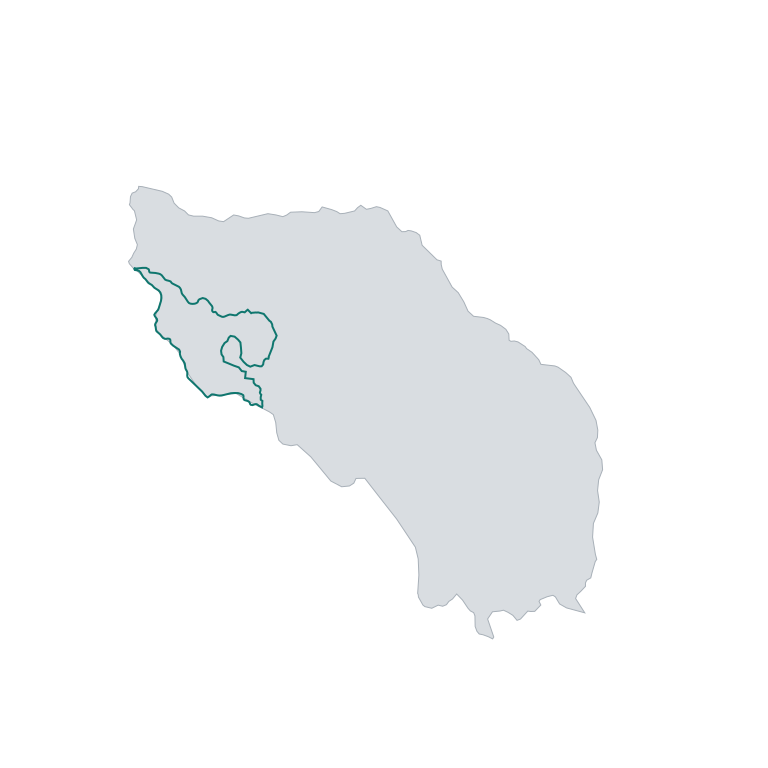 Borsod-Abaúj-Zemplén on a map of Hungary (Robinson projection), rotated 235°
{"feature_id": "HUN-3168", "entity_name": "Borsod-Abaúj-Zemplén", "entity_type": "County", "adm_level": 1, "iso_a3": "HUN", "parent_name": "Hungary", "parent_adm1": "", "projection": "robinson", "projection_center": [21.025, 48.121], "detail": "fine", "context": "in_parent", "style": "outline", "palette": "teal", "viewbox_px": 768, "rotation_deg": 235, "n_neighbors": 0, "source": "natural_earth", "source_scale": "10m", "svg_char_len": 5505}
<svg xmlns="http://www.w3.org/2000/svg" viewBox="0 0 768 768"><g transform="rotate(235 384 384)"><path d="M620.2,245.3L628.6,244.4L629.0,244.5L631.0,245.1L632.4,250.2L632.7,250.6L634.7,254.0L636.6,258.5L639.6,261.9L646.2,263.4L654.7,267.6L660.3,275.5L668.7,278.8L669.3,278.9L670.9,278.5L676.9,278.3L678.1,279.9L682.9,283.8L684.8,287.2L683.9,290.8L684.8,294.9L686.6,296.4L684.4,299.1L669.0,312.9L663.0,316.5L658.9,317.3L652.6,315.8L646.0,316.9L640.1,319.9L634.7,320.8L630.7,324.3L625.4,331.8L619.0,338.2L612.4,342.1L609.0,345.7L608.7,357.8L605.0,361.4L600.1,364.9L597.5,368.0L590.1,386.6L584.4,392.5L579.1,397.1L578.2,401.2L578.3,406.0L572.2,415.5L564.2,425.4L562.7,429.5L564.5,434.9L556.8,441.2L552.3,444.2L548.7,445.7L546.4,449.6L542.6,459.2L543.6,463.5L543.7,467.5L537.2,469.8L535.3,474.1L533.6,479.5L530.9,482.0L523.6,486.4L505.4,484.5L498.5,486.0L496.4,489.2L496.0,491.8L493.7,494.2L489.6,497.2L485.3,498.6L475.8,494.8L455.4,498.6L451.9,501.3L449.1,499.4L444.7,497.6L424.3,495.4L416.2,497.2L405.5,496.5L395.5,494.6L388.1,496.2L381.4,503.7L378.2,506.3L375.6,507.9L369.9,510.3L365.2,513.1L358.9,515.2L353.4,514.9L348.1,511.6L346.2,512.4L344.5,515.4L341.6,517.9L333.7,521.1L331.6,521.1L331.2,521.1L325.1,523.4L315.1,524.7L310.1,523.8L300.8,534.3L298.0,536.2L289.3,539.4L282.2,541.0L276.1,539.7L273.7,539.6L246.7,539.1L232.6,536.8L223.6,532.7L217.7,528.1L214.9,523.1L207.9,520.0L196.9,518.9L188.4,513.9L182.4,504.9L174.2,497.8L163.8,492.6L155.7,485.2L149.7,475.6L138.9,467.0L123.1,459.4L118.3,457.7L117.4,455.2L109.8,445.8L106.6,442.2L107.0,437.5L105.5,434.9L102.7,433.0L101.3,426.2L100.6,421.1L98.4,417.9L81.4,417.2L95.9,405.1L103.1,401.7L111.3,402.3L114.0,401.2L114.7,399.5L116.2,395.5L117.0,391.8L117.8,388.3L117.0,386.3L113.0,385.7L111.3,377.1L113.4,373.8L115.5,371.5L113.2,361.0L114.1,357.4L120.5,356.9L125.9,354.6L130.2,352.1L131.5,348.8L135.2,342.2L132.1,334.1L113.8,328.8L112.9,326.8L117.2,324.5L121.9,321.2L124.6,318.6L128.1,318.3L133.1,319.6L141.9,325.5L145.3,326.3L148.6,324.6L152.2,324.2L162.0,324.4L170.3,323.1L168.6,316.8L168.7,312.3L167.4,308.6L168.3,304.6L171.8,301.5L172.9,294.5L178.2,289.8L180.6,289.1L189.7,290.0L191.8,291.2L193.2,291.5L207.5,303.0L221.1,311.7L232.3,316.1L248.8,316.5L266.3,316.9L295.8,315.3L317.8,314.2L319.3,312.0L322.7,306.9L320.1,302.4L320.3,297.2L324.1,290.4L335.0,284.8L366.1,282.3L384.1,278.1L386.8,272.4L392.8,266.7L398.2,265.6L405.6,268.2L414.5,273.2L422.4,275.8L427.0,274.1L442.8,265.7L461.0,257.5L473.6,235.3L474.9,231.7L488.5,229.2L508.2,229.6L518.4,232.5L526.0,234.1L537.4,233.6L553.8,228.8L559.9,228.9L564.7,232.3L569.8,235.2L573.3,238.8L576.0,243.8L577.4,245.7L579.7,248.3L583.9,251.8L587.9,252.8L618.4,246.6L620.2,245.3Z" fill="#d9dde1" stroke="#a8b0b8" stroke-width="1"/><path d="M502.4,227.0L503.7,227.6L506.4,229.6L507.6,229.9L510.4,230.2L515.2,232.6L518.4,232.9L520.6,232.7L523.2,233.1L525.7,234.0L527.5,235.5L529.7,235.9L536.5,233.2L539.5,232.6L541.1,233.2L542.2,234.0L543.2,234.4L544.5,233.8L545.5,232.5L546.0,231.3L546.8,230.3L548.5,229.4L550.0,229.2L553.0,229.1L557.6,227.9L558.9,228.2L561.8,229.7L563.4,230.2L564.2,230.8L564.8,231.8L565.6,233.9L566.2,234.7L567.6,235.3L570.9,235.2L572.4,235.5L573.1,236.8L574.3,241.4L575.0,242.6L580.0,249.0L582.1,251.0L584.5,252.5L587.2,253.3L589.9,253.1L594.5,251.1L598.3,250.6L601.0,249.3L602.3,248.9L606.9,248.7L608.5,248.2L610.1,248.1L615.4,248.6L617.1,248.2L618.6,247.1L620.3,245.3L622.4,245.7L622.5,245.6L620.7,247.3L617.4,253.2L615.6,255.7L613.1,257.0L612.3,256.9L610.6,256.1L609.6,256.2L609.1,256.7L606.1,260.4L603.6,262.8L602.3,263.7L600.6,264.3L595.0,264.6L593.7,265.4L592.1,266.8L590.4,268.0L589.0,268.0L587.9,268.2L581.2,271.8L579.5,272.0L577.8,271.8L574.3,270.4L572.8,270.3L569.5,270.7L563.9,270.5L562.2,270.7L560.9,271.5L559.6,272.9L558.6,274.5L558.0,276.0L557.8,277.9L558.3,279.0L559.0,279.8L559.3,281.4L558.4,284.8L556.1,286.7L553.1,287.5L550.1,287.5L550.8,287.5L546.5,287.8L545.2,287.5L544.2,286.8L543.4,285.8L542.5,285.2L541.0,285.3L540.4,285.8L540.1,286.6L539.8,287.2L538.9,287.5L536.7,287.5L536.1,287.5L532.2,289.7L531.3,290.6L530.7,292.0L530.1,294.9L529.9,295.8L529.4,297.4L528.7,298.3L525.8,301.2L525.0,302.7L525.0,303.5L525.2,304.6L525.2,306.6L524.9,308.4L524.4,309.3L522.6,311.0L523.0,314.3L523.0,315.0L518.2,315.8L518.1,316.6L516.0,320.2L515.4,320.8L514.9,321.9L510.4,325.7L503.9,326.2L501.5,326.4L499.9,327.0L497.0,326.6L495.0,325.5L485.2,323.8L483.4,321.2L482.2,317.8L478.1,313.7L472.5,305.2L471.8,304.8L471.0,303.8L471.9,302.7L472.5,301.7L472.2,299.5L471.0,297.8L469.3,296.2L468.7,293.9L469.8,292.3L473.8,288.8L474.9,284.4L478.2,282.6L482.7,281.7L488.1,281.4L491.0,284.8L495.7,287.6L500.4,290.2L504.0,289.9L508.5,288.8L511.4,285.9L511.0,283.4L509.0,280.3L509.0,276.9L507.2,272.7L504.7,269.6L501.4,267.9L498.2,267.9L494.4,265.6L490.4,268.2L485.2,271.5L480.9,274.6L476.2,274.9L473.3,277.8L468.5,273.6L462.8,279.9L459.8,278.0L456.6,278.2L454.0,280.1L450.9,280.1L449.5,279.1L448.3,277.5L447.1,277.1L445.6,277.3L444.0,275.5L441.8,274.0L439.9,274.7L438.2,273.3L435.7,271.8L434.8,270.7L438.3,268.9L440.0,268.4L440.7,267.9L441.4,266.9L441.9,264.9L442.2,264.1L443.3,263.0L444.1,262.8L445.0,263.1L446.6,263.3L448.1,262.7L450.7,260.6L451.7,260.3L453.5,261.0L454.5,261.9L455.6,262.3L457.6,261.4L460.2,259.3L462.4,256.4L464.3,253.2L467.7,244.4L468.8,242.6L470.1,241.2L472.8,238.8L473.0,238.6L474.2,237.1L474.2,236.7L474.3,236.3L474.3,235.9L474.2,235.5L474.1,233.6L474.1,232.7L474.2,231.8L476.7,231.0L482.2,230.7L500.9,227.0L502.4,227.0Z" fill="none" stroke="#0f766e" stroke-width="2"/></g></svg>